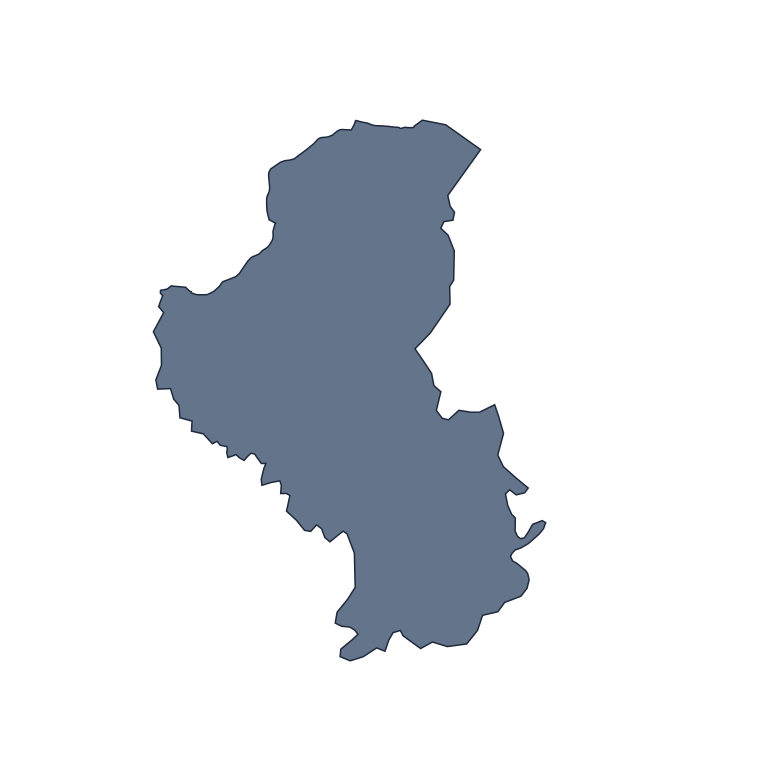 outline of Santa Clara de Olimar, Treinta y Tres, Uruguay, rotated 36°
{"feature_id": "84410073B4771641932521", "entity_name": "Santa Clara de Olimar", "entity_type": "district", "adm_level": 2, "iso_a3": "URY", "parent_name": "Uruguay", "parent_adm1": "Treinta y Tres", "projection": "equal_earth", "projection_center": [-54.951, -33.024], "detail": "fine", "context": "isolated", "style": "filled", "palette": "slate", "viewbox_px": 768, "rotation_deg": 36, "n_neighbors": 0, "source": "geoboundaries", "source_scale": "gbopen_adm2", "svg_char_len": 4250}
<svg xmlns="http://www.w3.org/2000/svg" viewBox="0 0 768 768"><g transform="rotate(36 384 384)"><path d="M209.3,335.1L209.4,336.3L209.6,338.1L209.6,339.0L209.6,339.9L209.3,342.0L208.8,343.4L207.7,346.4L207.2,347.6L207.1,348.3L207.0,349.1L206.8,350.9L206.7,351.4L206.5,352.0L206.3,352.6L206.0,353.2L203.2,357.8L202.7,358.7L202.4,359.6L202.2,360.3L202.1,361.0L201.6,364.2L201.7,369.6L202.0,379.9L201.9,380.4L201.8,380.9L201.1,383.6L201.0,384.0L200.8,384.6L200.5,385.1L199.2,387.1L197.1,390.4L193.9,395.3L193.6,395.8L193.4,396.2L193.3,396.7L193.3,397.4L193.3,398.4L193.4,399.5L193.4,400.5L193.4,401.1L193.4,401.7L193.3,402.5L193.2,403.2L192.8,404.8L192.5,406.3L192.0,408.7L191.9,409.0L191.7,409.4L190.4,412.0L188.7,415.1L188.4,415.6L188.2,415.8L187.9,416.1L184.8,418.4L180.5,421.5L178.9,422.2L177.1,422.8L174.5,423.5L174.5,423.0L174.4,422.9L174.2,422.8L173.6,422.7L173.2,422.8L172.8,422.9L172.3,423.1L171.6,423.1L171.1,423.1L170.1,422.8L169.5,422.7L169.1,422.7L168.5,422.8L167.9,422.7L167.1,422.5L167.0,422.3L166.4,422.5L165.3,423.1L163.8,424.0L162.7,424.7L161.5,425.4L160.1,426.2L158.7,427.1L157.0,428.1L155.0,429.2L154.2,429.6L153.2,433.1L152.9,434.4L152.0,435.5L150.3,437.3L148.2,439.5L148.8,440.6L149.6,441.9L151.4,442.3L153.0,442.6L154.1,446.7L155.5,451.8L156.2,452.3L156.0,453.8L163.8,455.8L166.7,477.3L182.7,485.9L193.0,499.7L197.0,514.8L203.9,521.2L214.0,513.2L222.8,519.9L230.7,521.8L238.8,531.3L250.5,526.8L256.0,535.3L267.2,530.5L280.3,533.2L282.7,528.5L287.6,529.8L293.6,527.0L295.5,528.7L296.9,531.7L300.9,535.3L303.2,532.1L305.8,528.1L310.9,528.7L315.8,528.0L316.1,523.8L317.0,518.2L320.7,516.7L325.5,518.5L331.5,520.4L335.2,517.7L336.4,522.8L340.7,533.3L344.8,537.7L350.0,530.7L356.6,523.6L360.4,526.2L364.8,533.4L369.6,529.8L373.5,529.7L379.9,544.2L393.2,545.7L405.8,549.1L411.3,546.3L412.3,537.6L418.7,537.8L426.4,543.0L433.0,543.5L435.3,534.8L437.4,527.1L442.1,526.9L459.4,538.2L480.2,565.4L481.1,579.7L480.2,596.2L485.1,606.1L492.2,604.9L499.0,600.8L505.0,600.3L510.0,601.8L508.6,609.6L504.9,623.9L508.7,630.4L519.4,627.8L527.5,616.8L533.2,601.8L541.9,599.6L538.4,588.4L537.5,579.8L542.1,573.8L547.4,576.5L569.1,576.5L574.8,564.3L589.6,559.2L603.7,545.7L604.5,528.4L599.7,513.2L610.0,501.3L610.0,489.8L619.5,475.2L619.8,465.2L616.6,457.2L611.7,452.9L608.2,451.7L597.2,451.0L591.8,451.5L587.6,449.0L587.1,445.2L587.7,441.1L591.1,436.2L594.6,428.2L596.0,422.1L597.7,414.4L598.1,407.3L596.3,401.1L592.3,401.5L588.5,407.4L586.7,410.1L587.7,418.7L588.0,426.0L585.3,428.9L581.4,428.7L576.4,425.8L569.1,415.3L563.9,414.4L555.6,409.6L546.9,401.6L547.8,395.7L556.1,396.0L561.8,389.3L561.8,383.4L544.8,382.3L529.1,380.7L517.8,374.6L509.7,353.6L495.2,342.4L485.7,335.7L477.8,350.7L471.0,355.7L460.0,361.3L457.2,375.1L451.2,377.5L441.9,374.6L434.5,356.8L425.4,356.0L416.3,347.5L402.0,342.1L388.4,337.3L391.5,315.5L390.5,280.6L379.8,266.5L379.3,259.0L362.6,235.0L348.5,226.0L338.4,224.6L337.0,217.4L343.5,211.0L340.1,203.6L333.2,201.4L324.8,194.0L324.4,137.6L281.6,138.0L260.0,148.0L256.9,157.5L256.9,157.9L257.1,158.3L257.1,158.6L257.0,158.9L256.7,159.4L255.9,160.2L255.3,160.7L253.7,161.8L252.6,162.6L251.2,163.3L250.9,163.5L250.2,164.0L249.6,164.5L248.9,165.4L248.1,166.5L247.5,167.3L247.0,167.6L246.1,167.7L245.3,167.7L244.6,168.0L243.5,168.7L241.8,169.9L240.3,170.7L239.5,171.0L239.0,171.5L238.6,171.9L238.1,172.0L237.4,172.2L236.6,172.7L234.1,174.3L231.0,176.1L227.7,178.4L226.9,178.9L226.4,179.2L225.8,179.6L225.5,179.9L224.9,180.1L224.1,180.6L222.5,181.2L221.4,181.6L219.9,182.0L219.1,182.2L218.2,182.4L217.0,182.8L211.8,185.2L206.4,187.3L206.2,187.8L207.4,191.5L208.1,197.0L208.2,197.8L200.4,202.8L198.7,204.6L197.4,207.2L196.0,212.9L193.7,216.7L191.9,218.5L188.7,221.2L187.5,222.7L186.7,224.6L185.9,231.1L183.1,241.4L180.5,249.5L179.1,254.5L176.1,258.3L172.7,261.4L169.9,265.4L168.1,270.4L166.0,276.3L166.1,278.6L166.5,280.5L167.7,282.6L169.4,284.7L173.5,289.3L176.4,292.8L177.9,295.4L179.0,300.4L179.8,302.5L181.1,304.4L183.8,308.1L187.4,312.5L190.7,315.5L194.6,318.7L195.8,318.4L197.9,318.2L201.7,317.6L201.6,317.8L201.6,318.0L201.7,318.3L201.7,318.5L204.1,324.9L204.6,326.0L205.6,327.2L207.1,329.2L207.9,330.4L208.5,331.4L208.8,332.3L209.0,333.2L209.2,334.1L209.3,335.1Z" fill="#64748b" stroke="#1e293b" stroke-width="1.5"/></g></svg>